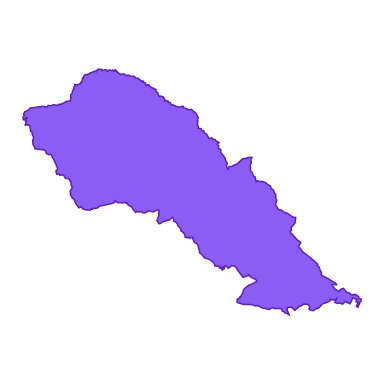 outline of Gura Calitei, Vrancea, Romania
{"feature_id": "2599482B12509876512521", "entity_name": "Gura Calitei", "entity_type": "district", "adm_level": 2, "iso_a3": "ROU", "parent_name": "Romania", "parent_adm1": "Vrancea", "projection": "natural_earth1", "projection_center": [26.933, 45.627], "detail": "fine", "context": "isolated", "style": "filled", "palette": "violet", "viewbox_px": 384, "rotation_deg": 0, "n_neighbors": 0, "source": "geoboundaries", "source_scale": "gbopen_adm2", "svg_char_len": 5918}
<svg xmlns="http://www.w3.org/2000/svg" viewBox="0 0 384 384"><path d="M357.9,307.2L360.6,301.1L361.0,301.2L360.9,298.8L359.3,298.7L358.6,296.6L356.0,294.7L354.4,294.3L352.2,295.0L351.3,294.8L349.6,293.1L346.7,292.2L343.4,288.3L340.1,289.6L339.4,291.1L338.9,291.4L334.9,289.0L332.1,285.1L333.3,284.3L336.5,284.8L336.6,284.1L328.2,278.7L321.4,275.3L321.4,272.2L320.6,271.3L319.0,266.8L317.1,265.7L317.8,264.9L317.6,264.1L311.1,258.3L302.4,251.6L300.5,248.5L298.5,247.0L299.6,244.4L300.7,243.0L300.7,242.5L296.6,239.3L292.5,234.4L290.6,232.8L290.2,231.6L291.5,230.5L291.1,228.4L291.6,226.6L292.6,226.0L295.0,223.0L295.7,217.4L293.1,217.2L287.5,213.4L283.4,211.8L281.7,210.3L278.3,209.3L277.3,207.2L275.6,205.4L275.8,203.0L276.8,200.5L275.7,198.3L275.8,194.6L273.9,192.2L273.7,190.4L273.0,189.6L271.9,189.2L271.0,187.9L270.5,186.0L267.7,184.5L265.8,182.8L262.6,181.4L259.7,181.5L257.5,180.7L256.1,182.0L255.1,176.9L253.3,175.7L252.2,172.5L250.1,170.2L250.5,168.6L250.2,164.8L251.2,162.9L251.3,161.9L250.6,160.2L251.9,157.4L249.5,157.3L246.6,157.9L246.1,158.5L242.9,158.6L236.9,164.1L233.7,165.2L231.9,166.5L229.0,166.6L228.0,169.5L227.6,169.4L227.6,168.6L226.7,166.9L226.4,165.1L227.4,163.4L225.5,160.2L225.2,159.1L225.4,158.2L224.5,157.8L223.7,155.8L221.3,153.4L220.6,151.7L220.8,149.6L218.6,148.3L218.5,146.7L218.9,146.1L217.3,144.6L217.8,143.5L218.9,142.9L219.0,142.5L215.8,140.7L215.2,139.8L212.9,139.1L211.9,137.9L209.0,138.5L206.9,134.6L205.4,133.4L204.6,133.4L203.6,130.6L202.8,131.0L201.7,130.4L201.0,128.5L200.2,128.7L198.1,128.0L198.4,127.4L197.9,125.4L197.2,124.5L197.7,123.3L197.3,121.6L198.0,121.0L197.4,119.3L198.3,117.8L195.7,112.8L194.2,111.8L193.2,111.8L193.1,111.0L191.5,109.5L187.9,109.7L186.8,108.7L183.6,107.8L183.5,106.6L182.6,106.2L179.6,107.2L175.4,106.2L174.6,105.4L170.9,104.5L170.6,103.0L170.0,102.5L168.4,102.5L168.0,100.9L164.7,100.9L164.9,99.6L163.1,96.8L160.6,96.1L159.6,96.5L158.7,95.7L157.8,93.0L155.6,90.7L156.1,89.4L153.9,88.8L153.6,88.1L152.0,87.9L150.3,86.8L148.9,84.9L147.3,84.7L146.2,85.5L145.5,84.4L145.5,83.0L144.0,82.6L143.2,81.0L141.6,81.6L141.3,80.6L139.4,79.5L138.6,78.5L135.8,78.0L134.2,76.2L131.6,76.5L128.9,75.2L126.6,75.3L125.0,74.8L124.2,74.0L121.0,74.2L119.2,73.7L118.4,72.6L117.4,72.2L116.5,70.6L115.0,69.9L114.6,70.1L114.9,70.9L114.5,71.3L113.8,71.2L112.7,70.1L111.0,70.6L110.0,70.0L108.4,70.2L108.0,71.2L107.2,71.5L106.2,69.8L104.8,69.7L102.3,70.8L102.0,69.5L98.9,69.1L97.5,69.6L97.4,70.5L96.5,70.7L96.1,71.8L95.3,71.2L94.2,71.3L91.1,72.9L90.1,72.7L89.4,73.8L87.9,74.1L87.1,74.7L85.0,74.6L83.8,76.0L83.3,77.6L82.4,78.1L82.1,81.2L81.3,81.6L81.5,82.4L80.6,82.8L80.1,84.1L79.1,84.0L76.9,85.0L74.6,84.5L74.8,86.0L74.1,86.7L74.0,88.4L73.3,89.1L71.8,94.0L70.7,94.7L70.7,99.4L70.3,100.8L65.7,101.7L63.2,103.5L61.9,103.5L61.1,104.6L59.3,104.1L58.1,105.0L56.6,105.3L53.3,104.6L51.7,105.7L48.1,105.5L46.8,107.0L42.0,106.2L40.5,107.0L39.0,106.6L34.6,107.6L31.1,107.7L30.0,108.2L28.0,110.4L25.0,111.6L23.8,113.5L24.1,115.7L23.0,117.2L23.4,119.8L24.3,119.6L26.3,117.6L27.0,117.8L27.0,118.4L26.1,119.4L26.4,120.8L25.3,120.9L26.0,122.8L25.8,124.0L25.2,124.5L25.3,125.3L27.6,124.7L28.0,125.2L29.5,125.4L29.8,126.0L30.7,131.3L31.9,131.8L32.5,135.3L33.5,136.8L33.3,139.0L32.6,140.5L32.9,143.3L33.2,145.2L34.6,146.9L35.1,149.0L36.7,148.7L37.6,149.2L43.9,149.9L45.6,151.0L46.4,153.7L47.6,153.7L48.4,154.7L50.5,154.4L51.5,155.2L52.6,158.0L53.5,158.6L54.6,161.8L56.1,164.4L56.5,166.3L57.4,167.6L57.5,169.6L56.2,170.4L56.0,171.9L56.8,174.4L59.2,173.8L59.6,175.2L63.0,175.0L64.5,176.4L65.4,178.3L68.0,178.6L69.6,179.4L69.7,180.7L70.9,182.0L71.2,185.3L72.1,187.0L72.0,188.2L70.0,191.3L70.7,193.0L70.3,193.6L70.8,194.1L70.7,195.2L72.4,198.2L73.9,199.3L76.0,203.8L78.9,207.8L81.2,206.9L82.3,208.4L84.3,209.5L85.0,209.3L86.5,210.1L87.9,209.8L90.2,210.2L90.9,209.1L92.8,209.2L93.6,208.2L95.8,208.4L97.9,207.7L99.8,205.8L100.7,206.0L112.8,203.3L115.2,201.8L115.2,200.8L118.3,202.9L121.0,202.5L122.3,203.1L123.7,202.6L126.8,202.8L126.7,203.5L127.7,203.9L128.5,205.3L131.9,207.1L132.9,209.3L135.0,211.4L135.4,212.5L136.9,211.5L139.2,212.0L141.1,211.5L142.7,212.8L145.3,212.9L146.7,212.2L147.0,211.6L147.8,211.5L148.2,210.7L153.8,211.9L156.4,210.1L158.6,210.2L159.1,211.5L158.5,213.1L159.1,215.2L157.9,217.6L157.9,219.2L156.8,220.5L158.9,223.7L160.4,223.5L162.9,221.7L169.6,220.0L170.7,218.7L172.9,217.4L173.9,220.0L173.8,221.2L176.0,222.3L177.4,223.7L177.6,225.3L180.7,228.8L180.9,230.7L183.0,232.2L184.8,234.9L185.1,237.0L187.3,237.8L188.3,237.1L188.6,237.7L189.6,237.6L189.9,238.2L192.3,237.3L193.8,241.3L194.6,242.5L197.4,244.3L198.5,247.0L198.6,249.0L199.6,249.3L199.3,251.4L199.7,253.0L201.9,254.4L203.9,257.3L205.4,258.2L208.9,259.2L213.3,262.2L214.9,265.1L214.8,265.9L219.3,266.3L219.7,266.7L219.3,267.5L220.1,268.3L223.1,267.1L222.1,268.4L221.9,269.8L222.3,270.1L224.4,268.5L224.5,267.5L225.8,265.8L227.5,266.9L228.1,268.3L230.3,267.1L231.5,265.5L234.8,266.3L236.2,267.3L236.6,268.7L243.0,277.3L245.8,276.5L249.0,274.9L249.0,275.8L250.4,276.3L251.5,277.7L253.6,278.2L254.0,278.9L254.9,278.8L256.2,280.2L256.8,281.4L250.9,284.5L248.6,285.3L244.2,288.9L243.5,290.1L242.0,294.5L240.7,296.5L240.0,296.6L240.1,297.5L237.0,299.5L237.3,300.4L236.9,301.7L237.5,302.5L243.1,304.4L252.1,304.6L255.2,306.0L257.5,305.6L262.7,308.1L265.5,308.4L267.8,309.4L269.6,309.3L271.4,307.9L272.6,307.7L274.8,308.6L280.9,308.6L281.8,309.2L282.0,310.7L282.3,311.0L284.0,311.8L285.2,313.1L287.2,313.5L289.1,314.9L288.5,312.9L287.2,310.3L287.2,307.7L291.2,307.0L294.8,310.3L299.2,306.4L300.8,306.1L303.7,304.1L305.1,304.3L306.1,303.9L308.7,305.1L309.1,305.8L309.9,307.7L309.0,308.8L309.3,309.3L310.8,310.3L313.1,310.7L315.5,309.2L318.7,307.9L321.4,305.3L321.6,304.3L329.7,301.3L330.4,299.5L334.5,300.1L336.5,298.7L334.9,302.5L337.4,303.4L339.2,303.0L342.8,304.1L344.9,301.4L350.2,303.8L352.7,298.0L356.9,299.3L356.0,301.7L358.1,302.4L356.4,306.3L357.9,307.2Z" fill="#8b5cf6" stroke="#5b21b6" stroke-width="1.5"/></svg>